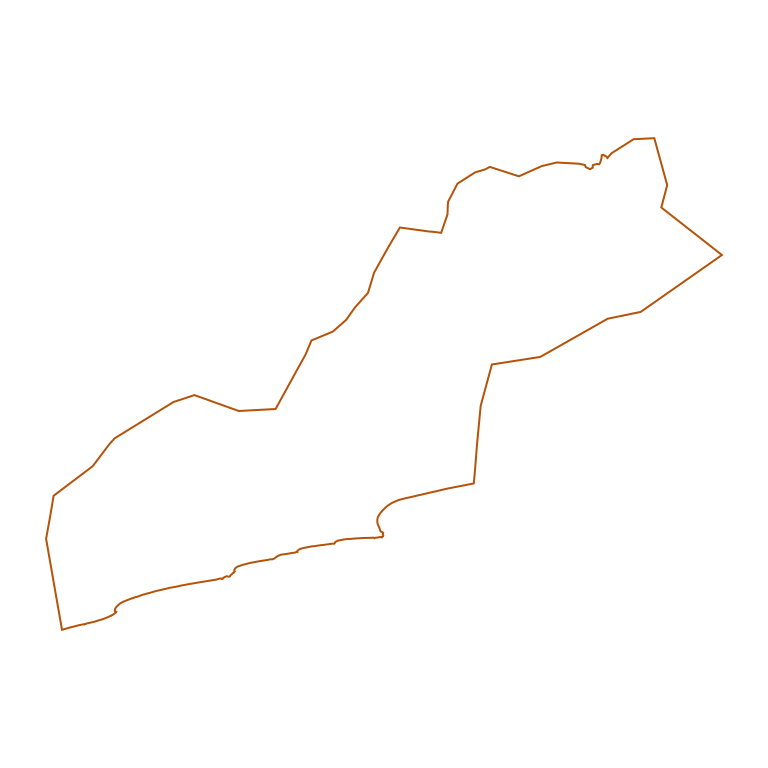 San Pedro Huamelula, Oaxaca, Mexico
{"feature_id": "50627088B52773743390897", "entity_name": "San Pedro Huamelula", "entity_type": "district", "adm_level": 2, "iso_a3": "MEX", "parent_name": "Mexico", "parent_adm1": "Oaxaca", "projection": "albers", "projection_center": [-95.84, 15.975], "detail": "fine", "context": "isolated", "style": "outline", "palette": "amber", "viewbox_px": 768, "rotation_deg": 0, "n_neighbors": 0, "source": "geoboundaries", "source_scale": "gbopen_adm2", "svg_char_len": 3313}
<svg xmlns="http://www.w3.org/2000/svg" viewBox="0 0 768 768"><path d="M399.9,227.5L387.5,248.6L374.1,272.6L368.0,292.9L355.0,307.4L346.3,319.7L333.0,331.5L311.5,340.4L305.5,354.7L298.3,367.6L276.5,407.4L275.5,409.0L238.8,411.0L194.4,395.1L173.5,402.0L144.8,419.7L114.5,438.4L113.3,439.8L109.2,444.4L92.8,466.1L67.0,485.6L53.6,495.8L50.3,515.6L46.1,538.8L57.5,604.1L59.4,614.9L62.0,629.8L62.5,629.7L64.3,629.1L68.3,628.0L71.3,627.1L71.8,627.1L72.7,626.8L73.2,626.7L76.3,625.9L78.2,625.4L80.9,624.8L83.0,624.4L83.7,624.3L84.3,624.5L84.8,624.0L85.0,624.1L86.1,623.9L86.5,623.5L88.1,623.2L89.8,622.8L92.4,622.2L94.9,621.6L99.1,620.2L101.0,619.7L103.5,618.9L105.9,617.9L107.0,617.5L108.8,616.8L110.6,615.8L111.1,615.8L111.8,615.2L112.3,615.1L113.0,614.6L113.4,614.3L114.8,613.4L115.2,613.0L115.3,612.5L115.5,612.2L116.2,612.2L116.3,612.0L115.6,611.5L115.2,611.5L114.8,610.8L114.8,610.2L115.1,609.1L115.3,608.6L116.0,607.4L116.9,606.4L117.7,605.6L118.8,604.6L120.3,603.3L122.9,601.9L124.8,601.1L127.3,600.1L129.4,599.3L131.9,598.3L132.4,598.4L133.9,597.7L135.6,597.1L137.5,596.7L139.3,596.0L142.9,594.7L146.0,593.8L148.5,593.2L150.4,592.7L152.4,592.1L156.1,591.0L158.0,590.6L160.9,590.0L162.0,589.6L163.6,589.3L167.4,588.4L169.3,587.9L176.2,586.7L181.5,585.5L190.7,583.8L202.0,581.9L209.5,580.7L214.3,579.9L216.0,579.7L218.0,579.1L219.8,578.6L221.0,578.5L221.4,578.8L222.0,579.0L222.7,578.8L222.9,578.3L223.1,578.0L223.6,577.7L224.7,577.0L225.8,576.6L226.9,576.2L228.1,576.6L229.0,576.7L229.9,576.4L230.4,575.5L230.8,574.9L231.4,574.6L232.2,573.8L232.8,573.2L233.5,572.8L234.1,572.4L234.6,571.7L234.2,571.4L234.3,570.6L234.4,569.6L235.4,568.1L237.3,566.7L242.8,564.8L250.3,562.9L258.3,561.4L263.9,560.5L267.8,559.9L270.2,559.3L272.4,559.3L274.2,558.6L275.3,557.8L276.3,557.1L277.7,556.0L280.9,554.7L285.3,554.1L289.8,553.4L291.9,552.9L294.8,552.7L296.5,551.9L297.3,552.0L297.2,551.1L299.3,549.3L302.1,548.3L307.0,547.3L312.8,546.2L314.4,546.2L319.2,545.4L324.2,544.8L329.9,544.0L332.6,543.6L333.9,543.8L334.7,543.3L335.2,542.1L337.3,540.8L340.9,540.0L345.6,539.2L351.8,538.8L354.8,538.5L363.5,538.0L371.2,537.8L373.2,537.6L373.7,537.8L374.2,538.2L375.0,538.0L375.6,537.7L377.0,537.7L378.4,537.3L380.3,537.1L381.1,536.9L381.9,537.4L382.6,536.4L383.1,536.2L383.3,535.2L383.0,534.7L382.7,534.1L383.0,533.6L383.2,532.9L382.6,532.4L382.0,531.9L380.9,531.6L380.5,531.2L380.1,530.0L379.7,528.9L379.4,527.8L378.8,526.5L377.8,524.4L377.4,522.8L377.3,519.7L377.8,517.3L379.7,514.0L381.2,512.1L383.2,509.8L385.6,507.5L387.7,505.7L392.0,502.9L398.1,500.2L405.6,498.2L409.9,497.3L415.4,496.0L427.6,493.2L431.7,492.2L435.5,491.4L440.1,490.3L446.4,488.8L455.0,487.1L464.8,485.2L473.5,483.5L473.8,483.4L474.0,481.5L474.7,473.5L475.7,461.4L477.0,444.8L477.3,441.3L480.7,405.8L491.9,364.5L505.3,362.4L520.5,360.0L540.3,356.9L542.6,355.6L607.7,318.7L640.7,311.9L721.9,255.0L661.3,207.5L667.2,185.1L654.3,138.2L633.6,139.2L611.7,153.1L607.4,158.0L605.9,156.2L603.0,154.8L601.7,155.3L601.5,158.2L600.1,162.9L599.1,164.3L596.9,163.9L592.8,165.2L592.7,167.7L590.0,169.2L585.6,167.0L585.1,165.4L585.0,165.0L578.8,163.7L556.7,162.5L541.7,166.1L518.9,176.3L489.8,166.9L484.9,169.5L475.2,172.3L457.5,183.6L448.2,201.5L447.8,205.0L447.5,214.4L441.2,232.8L432.1,231.7L428.9,231.5L399.9,227.5Z" fill="none" stroke="#b45309" stroke-width="2"/></svg>